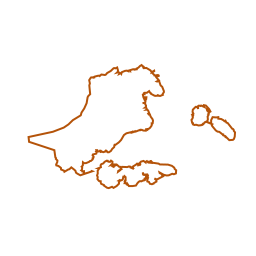 U, Pohnpei, Federated States of Micronesia, rotated 66°
{"feature_id": "79324940B31691034545854", "entity_name": "U", "entity_type": "district", "adm_level": 2, "iso_a3": "FSM", "parent_name": "Federated States of Micronesia", "parent_adm1": "Pohnpei", "projection": "natural_earth1", "projection_center": [158.28, 6.951], "detail": "fine", "context": "isolated", "style": "outline", "palette": "amber", "viewbox_px": 256, "rotation_deg": 66, "n_neighbors": 0, "source": "geoboundaries", "source_scale": "gbopen_adm2", "svg_char_len": 5932}
<svg xmlns="http://www.w3.org/2000/svg" viewBox="0 0 256 256"><g transform="rotate(66 128 128)"><path d="M151.8,190.8L153.0,178.2L152.5,178.7L152.8,179.3L152.6,182.6L151.8,187.4L150.6,186.2L149.5,185.8L149.1,187.4L148.1,187.4L147.7,187.8L147.4,187.1L146.0,186.2L145.2,185.8L144.5,186.1L143.8,184.5L141.0,183.1L142.3,182.4L143.0,180.7L143.1,177.2L142.7,176.4L143.0,175.3L142.4,173.2L141.8,172.5L141.2,172.6L141.0,171.6L140.3,171.1L138.6,171.5L137.9,170.9L138.5,167.4L137.0,166.2L136.3,166.7L136.1,166.4L136.5,165.6L135.5,165.7L135.8,165.1L137.2,165.2L137.7,163.7L137.4,162.9L138.8,162.7L138.9,162.2L137.2,162.2L138.4,161.9L140.0,160.5L140.2,158.9L139.7,157.7L140.4,157.5L140.2,156.9L141.9,156.4L142.4,155.3L142.0,152.9L140.7,151.0L139.8,148.4L138.2,147.3L137.4,147.7L138.3,146.5L137.4,142.2L136.1,139.1L132.8,134.6L132.2,131.6L133.1,126.5L133.7,126.7L133.9,125.2L133.4,124.8L133.8,124.4L133.8,123.1L134.2,123.2L134.4,122.4L134.6,117.7L135.0,117.7L135.2,116.2L136.5,115.1L137.7,112.8L136.6,112.0L137.5,111.1L136.8,110.7L137.2,109.6L136.8,107.8L135.4,105.4L133.7,104.6L134.1,104.3L133.8,103.6L131.5,102.2L130.0,102.0L126.7,102.7L124.7,102.5L124.2,103.5L123.1,103.7L123.0,102.6L120.3,102.5L119.1,102.9L118.8,103.7L118.7,103.2L116.7,103.1L116.3,104.1L116.0,103.0L114.8,102.4L113.3,102.6L112.0,102.1L111.2,104.6L111.8,102.0L110.3,100.9L109.6,101.4L108.3,101.4L108.9,99.6L107.4,98.7L106.2,101.4L103.6,100.9L103.4,100.2L103.8,99.3L102.7,99.3L102.5,98.8L103.5,96.4L102.9,93.7L104.8,93.5L105.7,92.9L106.1,93.1L109.1,90.8L109.7,90.1L110.5,87.9L109.7,86.7L110.7,87.4L111.8,85.6L111.9,82.7L111.2,82.7L109.8,80.6L108.8,80.2L104.3,80.0L102.3,80.9L97.9,80.5L97.3,80.7L97.5,82.1L97.4,82.5L97.2,82.7L97.0,80.4L93.0,81.6L91.7,81.4L92.4,79.9L92.2,79.3L92.9,79.2L92.9,78.7L92.5,78.6L91.8,79.1L90.8,82.5L89.9,82.5L87.7,83.5L87.1,83.1L86.7,80.9L86.3,80.8L86.6,83.4L86.3,83.1L85.9,83.8L84.4,84.1L80.6,86.8L80.2,88.2L79.5,88.5L79.8,90.1L78.9,88.7L78.1,88.9L78.0,89.4L76.0,90.0L76.2,91.7L77.1,94.0L77.2,96.1L77.9,96.2L77.3,98.4L76.9,98.4L76.4,99.5L76.0,102.6L76.6,102.8L76.0,103.1L75.7,104.6L76.2,104.7L75.1,105.8L74.6,107.5L74.5,111.0L75.8,112.1L74.9,112.3L75.0,114.0L74.3,113.2L73.2,113.9L72.9,115.5L72.5,114.4L71.2,113.7L68.3,113.3L68.4,115.2L67.6,116.3L67.6,117.0L68.9,120.6L69.3,124.7L70.2,126.5L70.2,127.5L68.3,130.6L69.0,132.7L68.5,132.9L68.0,134.5L67.5,137.5L67.5,138.1L68.1,138.3L67.9,139.3L67.1,140.1L66.8,141.4L68.5,144.0L71.8,144.7L73.3,146.0L81.7,148.8L82.7,151.4L83.5,152.4L88.5,155.7L92.4,160.1L95.0,164.2L97.2,166.0L98.4,175.2L100.5,180.9L101.5,186.5L100.9,198.1L95.8,222.5L100.4,224.0L118.3,204.3L125.3,206.3L126.2,206.0L126.9,206.5L129.0,205.7L130.4,206.5L132.1,208.5L133.0,208.7L134.4,207.0L137.1,205.5L138.7,206.0L141.0,203.8L142.1,203.9L141.6,199.5L141.8,198.3L140.9,195.8L144.5,193.9L145.9,193.4L147.6,193.7L149.0,192.9L151.8,190.8ZM189.0,102.7L186.2,101.2L184.4,102.0L183.0,101.9L180.4,103.3L177.7,106.4L174.2,113.8L173.0,114.5L170.1,119.1L169.8,120.2L169.3,120.6L168.8,120.0L167.5,120.4L167.3,121.0L167.9,122.1L168.6,122.1L168.0,123.2L167.2,123.2L167.2,123.8L165.9,124.2L166.1,125.5L166.7,125.9L164.4,127.2L164.0,129.8L164.7,131.5L166.0,131.4L166.4,131.9L165.6,132.5L166.2,133.0L166.5,132.5L166.2,133.9L164.8,133.3L164.2,134.3L164.7,135.5L165.2,139.2L166.6,139.7L167.8,139.3L166.6,140.4L166.7,140.0L165.6,140.3L164.9,141.6L164.2,141.7L163.5,142.8L163.4,144.6L161.1,149.2L162.4,151.1L162.9,150.9L162.9,151.4L163.7,151.4L163.2,151.6L163.9,154.8L163.2,154.3L163.1,152.0L161.3,150.6L160.4,150.8L159.9,151.8L157.2,153.0L157.0,156.0L157.7,156.9L157.0,157.5L156.7,154.5L156.3,154.1L155.2,156.5L154.9,158.6L154.1,156.7L152.4,155.9L150.9,156.8L151.6,158.1L151.1,159.2L150.2,160.1L149.7,159.9L149.2,160.7L149.4,163.2L150.3,164.9L150.2,167.1L150.9,168.2L152.8,168.7L152.7,171.5L153.2,170.7L154.7,173.1L157.2,174.1L158.8,175.6L160.5,175.6L162.2,176.7L164.5,176.1L165.6,174.6L166.3,175.1L168.1,175.2L170.3,173.2L170.8,173.4L174.1,171.4L175.1,170.0L175.2,166.5L176.8,165.6L176.4,162.0L175.2,158.9L174.0,158.4L173.0,157.2L172.4,157.9L172.2,156.6L173.0,156.2L173.1,154.6L172.8,153.7L170.6,152.1L171.1,151.3L170.6,150.8L171.9,150.2L174.9,151.5L174.7,152.0L175.3,152.7L176.1,152.2L176.1,151.6L176.1,152.7L177.0,153.5L177.5,152.3L179.0,152.2L179.7,151.6L179.1,151.2L181.4,150.8L182.9,147.5L183.8,144.1L182.4,142.1L181.5,140.1L181.4,138.7L182.2,137.4L182.0,135.5L182.4,135.0L182.4,133.6L181.7,132.9L181.2,133.1L181.3,133.7L180.9,133.4L181.1,132.1L179.6,131.2L179.9,130.6L178.8,129.8L177.9,130.5L177.6,132.1L177.0,133.0L176.2,133.1L174.6,132.5L176.9,132.8L178.3,129.2L179.7,129.1L181.2,130.5L181.7,130.0L183.6,131.7L184.7,132.1L185.8,130.8L187.8,130.7L189.1,129.0L189.2,127.3L188.9,127.2L188.5,123.8L187.0,123.3L185.0,124.4L185.6,123.6L186.9,123.1L186.5,122.7L186.8,122.1L186.4,116.2L183.9,115.9L182.1,117.4L181.4,117.3L185.0,114.6L186.1,114.6L185.8,113.7L187.1,112.0L187.8,110.0L187.8,106.2L188.9,104.9L189.0,102.7ZM150.5,67.2L151.3,67.1L152.3,66.0L152.7,64.5L154.4,62.5L155.2,60.1L155.0,59.7L155.4,58.8L154.7,57.9L155.1,57.5L154.3,56.2L154.1,54.1L158.9,49.4L159.5,50.3L160.5,50.3L165.9,48.8L167.7,47.7L168.7,46.1L172.4,44.2L172.6,43.7L173.4,44.0L175.0,42.4L175.6,42.2L176.5,43.2L176.0,42.1L180.3,40.4L181.5,37.0L181.1,35.7L179.3,34.0L175.5,32.0L173.7,32.5L172.5,32.2L171.6,32.5L171.1,33.1L164.0,34.9L163.1,35.9L161.2,36.0L161.5,36.6L161.1,37.1L159.8,37.6L157.7,39.2L156.2,41.7L154.8,41.1L154.2,43.2L152.5,46.3L154.7,48.9L157.8,50.2L154.0,53.9L154.0,52.8L152.6,51.5L149.9,50.6L148.9,49.2L148.1,48.6L147.8,48.9L147.4,48.2L145.8,47.9L144.4,48.6L143.1,48.4L144.3,47.7L146.0,47.5L146.6,46.9L146.5,46.0L143.7,46.2L139.2,47.7L137.9,49.5L138.3,50.1L139.7,49.9L137.2,52.1L137.4,52.8L136.4,54.1L136.6,55.6L138.0,55.7L139.1,56.2L136.7,56.0L136.8,56.8L136.2,57.6L137.6,61.3L139.6,62.5L141.3,62.4L141.8,63.8L143.4,62.7L142.7,64.1L144.6,64.4L145.6,65.3L146.4,66.7L148.9,67.2L149.8,66.7L150.5,66.8L150.5,67.2Z" fill="none" stroke="#b45309" stroke-width="2"/></g></svg>